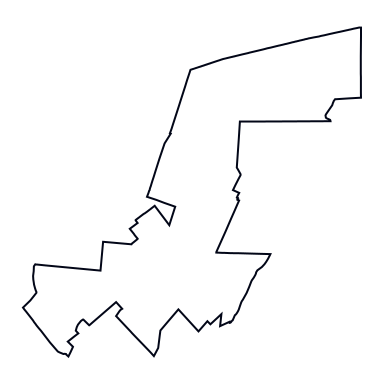 Lehliu Gara, Calarasi, Romania
{"feature_id": "2599482B17056969376019", "entity_name": "Lehliu Gara", "entity_type": "district", "adm_level": 2, "iso_a3": "ROU", "parent_name": "Romania", "parent_adm1": "Calarasi", "projection": "albers", "projection_center": [26.883, 44.461], "detail": "fine", "context": "isolated", "style": "outline", "palette": "ink", "viewbox_px": 384, "rotation_deg": 0, "n_neighbors": 0, "source": "geoboundaries", "source_scale": "gbopen_adm2", "svg_char_len": 3634}
<svg xmlns="http://www.w3.org/2000/svg" viewBox="0 0 384 384"><path d="M153.9,356.1L158.2,348.0L159.8,335.0L160.4,330.5L168.2,321.3L178.4,309.4L198.5,331.4L207.4,321.2L210.4,324.3L221.4,314.1L220.1,326.1L229.3,321.9L229.2,322.6L229.5,322.9L230.1,322.8L230.9,322.3L231.5,321.4L232.4,320.4L232.7,320.3L234.9,315.2L235.4,314.9L235.8,314.5L236.4,313.8L237.2,312.6L238.1,311.0L238.8,309.5L239.9,306.2L241.2,302.5L241.8,301.2L242.8,299.8L246.6,293.0L249.2,286.9L251.2,281.7L251.8,280.4L253.8,277.6L255.4,274.8L256.0,273.3L256.1,272.4L257.4,270.3L259.6,268.7L261.9,267.0L264.5,264.2L266.2,261.8L268.1,258.7L269.2,256.5L269.5,256.0L269.8,255.4L270.4,254.1L259.0,253.8L238.0,253.2L235.9,253.2L234.8,253.2L233.7,253.2L231.6,253.1L229.6,253.1L227.3,253.0L225.0,252.9L223.9,252.9L222.8,252.9L219.1,252.7L216.3,252.6L216.3,252.1L224.2,234.5L225.8,230.9L231.3,218.2L234.1,211.9L237.1,205.0L238.6,201.6L239.1,200.5L237.6,199.9L238.0,199.1L237.4,198.9L237.8,197.9L236.9,197.5L237.8,195.4L239.2,192.9L233.0,190.1L235.5,184.9L238.6,178.8L240.5,175.3L240.6,174.7L240.5,174.2L240.3,173.6L240.0,173.2L239.1,171.5L237.6,168.9L236.8,167.6L238.8,138.7L239.9,121.5L265.6,121.5L290.8,121.4L330.5,121.2L330.4,120.6L330.1,119.9L328.7,119.2L327.2,118.6L325.9,117.7L325.5,115.4L326.0,114.3L327.9,111.5L331.0,107.0L332.2,105.3L333.0,102.8L333.4,102.0L333.7,101.1L335.1,99.2L336.3,99.2L348.6,98.4L361.0,97.7L360.9,93.1L360.9,84.9L360.9,77.0L360.8,73.8L360.8,56.4L361.0,36.3L361.0,27.6L360.9,27.6L359.3,27.5L356.7,28.1L353.6,28.7L350.8,29.4L348.8,29.8L348.1,30.0L346.6,30.3L343.5,31.0L339.0,32.0L338.9,32.0L334.2,33.0L332.0,33.5L329.7,34.0L324.2,35.3L321.1,35.9L319.3,36.4L319.0,36.5L313.8,37.4L312.8,37.6L310.3,38.1L308.6,38.4L308.0,38.6L307.3,38.8L306.8,38.9L305.9,39.1L305.7,39.1L304.9,39.3L304.0,39.6L303.0,39.8L301.4,40.2L299.9,40.5L298.5,40.9L297.6,41.1L297.1,41.2L296.5,41.4L295.7,41.5L293.9,42.0L293.5,42.1L292.4,42.3L290.2,42.9L288.2,43.4L286.2,43.9L285.1,44.1L283.6,44.5L282.4,44.8L281.0,45.1L280.3,45.3L278.8,45.6L277.6,45.9L276.3,46.2L270.7,47.6L267.3,48.3L264.8,49.0L262.0,49.7L256.5,51.0L249.3,52.7L249.0,52.8L248.4,53.0L242.3,54.4L237.0,55.7L222.8,59.1L222.4,59.3L221.9,59.4L221.6,59.5L219.3,60.3L217.1,61.0L211.1,63.0L191.8,69.4L190.5,69.8L190.4,70.0L189.7,72.3L187.1,80.1L185.2,86.3L184.1,89.7L180.7,100.3L179.0,105.7L172.8,124.9L171.6,128.7L169.9,133.4L170.7,133.7L164.6,143.4L159.5,158.5L155.4,171.4L153.6,177.2L152.5,180.5L151.5,183.7L150.8,186.1L150.2,187.7L149.9,188.7L149.6,190.2L149.1,190.9L148.5,192.9L147.0,196.8L156.4,199.9L164.3,202.9L175.2,206.7L169.3,225.2L154.7,205.8L147.2,211.6L144.4,213.6L143.8,213.8L135.8,219.9L135.6,220.1L135.6,220.3L135.7,220.5L137.6,223.0L129.8,228.8L133.9,233.9L134.6,235.0L134.8,235.3L135.0,235.5L135.4,236.0L137.7,238.8L137.6,239.0L133.3,242.5L132.0,243.5L131.5,244.3L103.1,241.8L100.5,270.6L45.3,265.4L36.6,264.5L35.9,264.5L35.3,264.3L33.9,266.3L33.7,271.2L33.1,276.0L33.3,279.5L33.9,283.4L34.0,284.4L35.0,288.1L35.8,290.6L36.4,291.9L36.4,292.8L34.6,295.1L30.3,300.5L23.0,307.6L23.6,308.4L24.3,309.4L26.2,311.7L33.0,320.4L34.2,322.3L35.4,323.8L36.5,325.4L38.7,328.1L41.1,330.9L48.7,340.8L50.0,342.5L53.9,347.0L57.8,351.5L59.3,352.3L63.4,354.0L64.6,353.8L66.0,354.0L66.4,354.7L68.4,356.5L70.4,352.5L73.0,346.8L67.8,341.6L73.6,337.0L78.3,333.4L75.9,330.8L75.8,330.7L76.4,328.5L76.8,327.1L78.0,324.6L80.9,321.0L82.8,319.6L83.1,319.5L83.3,319.6L83.5,319.7L83.9,320.1L89.2,325.3L89.3,325.3L91.8,323.1L116.1,302.1L122.2,308.8L120.5,309.9L120.1,310.4L119.5,311.1L116.1,316.1L130.5,331.4L132.0,333.1L134.1,335.3L147.6,349.3L150.0,351.8L151.3,353.2L153.9,356.1Z" fill="none" stroke="#020617" stroke-width="2"/></svg>